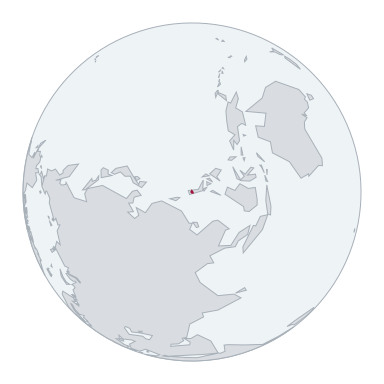 globe centered on Kalinga, rotated 252°
{"feature_id": "PHL-4931", "entity_name": "Kalinga", "entity_type": "Province", "adm_level": 1, "iso_a3": "PHL", "parent_name": "Philippines", "parent_adm1": "", "projection": "orthographic", "projection_center": [121.33, 17.443], "detail": "fine", "context": "on_globe", "style": "filled", "palette": "rose", "viewbox_px": 384, "rotation_deg": 252, "n_neighbors": 0, "source": "natural_earth", "source_scale": "10m", "svg_char_len": 10204}
<svg xmlns="http://www.w3.org/2000/svg" viewBox="0 0 384 384"><g transform="rotate(252 192 192)"><circle cx="192" cy="192" r="169" fill="#eef3f6" stroke="#a8b0b8"/><path d="M330.7,261.9L330.5,263.0L330.3,263.2L330.7,261.9ZM291.2,55.2L291.5,55.4L278.3,48.4L274.2,50.5L278.5,55.0L273.1,51.5L285.1,63.2L286.5,69.1L281.5,60.2L278.3,57.8L277.5,60.4L274.1,58.5L271.7,58.9L267.6,56.5L265.0,52.1L262.4,50.7L262.0,52.7L257.6,52.1L258.7,49.2L251.2,48.0L245.5,41.5L251.5,37.8L244.9,34.1L241.9,30.7L238.8,29.9L235.6,28.8L230.8,27.6L231.1,27.6L243.9,31.2L256.4,35.8L268.5,41.4L280.1,47.8L291.2,55.2ZM227.8,26.9L227.1,26.7L227.3,26.8L225.3,26.5L222.5,26.0L223.1,25.9L224.6,26.2L223.7,26.0L227.8,26.9ZM350.6,145.6L349.3,142.1L350.3,143.3L350.6,145.6ZM348.2,140.7L348.7,141.7L348.3,141.0L348.2,140.7ZM347.7,140.7L348.1,140.7L347.8,141.1L347.7,140.7ZM347.3,141.2L347.5,140.8L347.5,141.0L347.3,141.2ZM346.0,140.7L345.6,140.5L345.7,139.8L346.0,140.7ZM293.4,56.8L292.2,56.0L291.6,55.5L293.4,56.8ZM288.1,53.9L286.7,52.8L290.8,55.3L290.3,55.2L288.1,53.9ZM282.4,59.0L282.4,57.6L283.6,59.6L282.4,59.0ZM272.1,59.3L273.2,60.4L271.5,60.2L272.1,59.3ZM263.7,56.6L260.7,56.2L263.3,55.8L263.7,56.6ZM258.6,55.4L251.2,54.9L253.0,57.1L243.8,51.0L253.1,53.2L256.1,52.2L256.2,53.9L258.6,55.4ZM228.5,27.1L228.2,27.0L231.1,27.7L228.5,27.1ZM230.9,27.7L242.4,31.3L241.5,31.5L237.8,30.1L238.6,31.3L232.5,29.6L230.6,28.6L232.5,28.7L228.7,28.0L230.9,27.7ZM239.9,48.0L237.7,47.4L239.5,47.2L239.9,48.0ZM224.8,26.4L227.2,27.0L226.5,27.2L221.5,26.2L223.4,26.4L224.8,26.4ZM241.9,32.5L240.5,32.7L235.1,31.4L233.9,31.3L232.2,29.6L241.9,32.5ZM222.1,26.1L219.0,25.7L216.8,25.2L222.4,26.0L222.1,26.1ZM228.4,27.8L227.9,27.9L226.6,27.4L228.4,27.8ZM207.1,23.7L210.0,24.0L209.9,24.1L207.1,23.7ZM218.1,25.6L218.8,25.8L219.1,26.0L216.7,25.7L218.1,25.6ZM228.6,28.9L226.6,28.4L229.0,29.5L225.0,28.8L224.7,27.9L223.2,28.0L222.0,27.8L223.0,27.3L228.6,28.9ZM215.2,26.0L213.3,25.0L207.9,24.2L216.6,25.4L215.2,26.0ZM219.7,26.7L216.9,26.2L218.2,26.1L221.0,26.4L219.7,26.7ZM222.5,28.7L228.6,30.0L222.5,28.7ZM213.3,25.7L213.8,26.0L212.8,25.7L213.3,25.7ZM219.4,27.7L221.6,28.1L221.4,28.3L219.4,27.7ZM212.9,26.3L212.4,26.0L214.2,26.1L212.9,26.3ZM215.7,27.0L214.9,27.2L215.2,26.4L216.7,27.1L215.7,27.0ZM218.8,27.9L219.4,28.1L217.9,27.7L218.8,27.9ZM206.3,26.3L206.3,25.3L210.4,25.4L209.8,26.4L206.3,26.3ZM50.6,99.5L52.1,97.3L47.1,107.5L47.3,110.9L56.9,99.2L56.7,93.1L62.1,86.0L66.6,85.5L67.5,91.8L69.7,89.3L73.6,80.9L78.4,78.3L75.4,77.7L73.2,80.9L71.3,80.9L73.2,78.1L74.9,77.1L75.9,74.6L67.8,80.6L64.7,84.5L64.5,82.0L59.3,88.4L57.6,90.1L65.8,79.9L68.5,77.0L80.0,65.5L78.9,66.5L89.4,57.8L100.5,50.0L99.7,50.5L107.4,46.0L107.6,46.1L103.0,48.6L98.9,51.2L95.7,54.9L97.0,54.6L102.3,51.6L100.8,53.3L106.3,50.0L107.7,51.4L110.6,47.1L116.9,44.3L121.3,43.6L123.9,42.1L116.8,43.3L113.4,44.6L109.7,46.8L101.2,50.7L100.9,50.3L111.9,43.9L112.6,43.0L120.8,39.2L135.0,37.0L137.6,38.5L128.2,46.4L123.8,47.3L125.0,44.7L117.9,49.5L121.3,47.9L120.1,49.6L125.7,48.0L125.1,49.2L131.6,45.8L131.5,47.1L127.4,49.2L135.7,48.6L137.1,51.2L139.3,50.6L141.2,49.2L141.8,53.9L143.4,53.2L143.8,51.4L147.2,49.1L153.5,47.0L153.3,48.7L151.1,49.7L146.0,54.7L140.0,57.4L140.6,58.0L145.8,56.0L151.9,49.9L155.7,48.2L153.4,51.0L154.6,49.9L156.4,49.6L158.1,51.1L160.9,48.1L181.5,44.8L186.8,48.0L182.5,50.4L196.7,51.7L201.6,56.2L202.0,54.3L209.1,54.4L207.6,52.9L208.3,52.1L225.8,52.9L229.8,54.8L237.8,54.1L238.0,53.3L235.5,51.7L243.8,51.0L253.0,57.1L252.1,58.5L258.5,61.8L255.5,64.8L256.0,69.2L249.0,71.4L250.0,75.2L252.4,76.1L255.5,82.3L253.7,92.7L244.6,80.0L245.3,66.0L244.1,71.1L241.2,68.9L238.8,70.2L238.2,74.2L240.1,75.2L223.0,78.1L215.3,88.8L223.5,89.4L227.5,93.7L225.9,108.9L206.0,127.6L211.1,135.6L210.7,140.4L204.5,142.6L205.0,135.5L199.8,132.3L201.1,128.3L191.4,130.2L192.7,124.6L184.5,129.3L186.3,134.2L194.4,134.2L186.7,141.3L193.5,150.4L192.9,160.4L177.2,176.1L163.2,179.6L162.1,182.6L157.2,178.2L149.6,183.5L157.8,202.8L157.2,207.9L145.5,216.0L145.4,212.1L132.5,200.5L129.2,212.4L139.0,224.3L142.3,236.8L134.4,231.8L131.2,220.8L126.6,216.3L128.5,205.9L125.8,189.3L117.9,190.8L119.1,184.5L114.3,170.1L103.3,171.8L85.4,184.6L81.9,200.4L76.2,205.9L71.7,180.3L73.8,164.4L69.6,164.4L67.1,149.1L55.3,142.0L55.9,137.6L53.2,138.1L51.8,132.1L53.7,125.1L51.8,124.0L47.4,142.6L49.7,143.9L54.9,139.5L53.0,145.7L54.6,153.1L44.5,163.9L30.8,167.1L33.4,155.0L43.1,118.8L45.0,115.8L45.2,115.4L45.6,114.7L42.5,119.2L45.5,112.6L36.1,136.1L32.8,145.7L30.6,167.7L29.8,169.0L30.3,174.2L36.5,175.2L35.7,179.0L30.4,194.4L25.2,212.1L28.1,230.0L31.6,244.1L32.3,247.1L28.8,235.8L26.1,224.2L24.3,212.5L23.3,200.7L23.1,188.9L23.7,177.0L25.2,165.3L27.4,153.7L30.5,142.2L34.4,131.0L39.1,120.2L44.5,109.6L50.6,99.5ZM74.0,71.1L66.1,79.4L67.5,77.8L65.5,80.0L74.0,71.1ZM64.6,106.0L67.7,110.0L73.2,100.6L74.9,101.5L76.1,98.2L73.6,99.9L77.6,91.3L81.5,90.7L84.7,87.2L83.7,85.7L76.0,88.3L70.1,100.5L66.5,102.8L64.6,106.0ZM145.2,29.7L144.6,29.8L145.2,29.7ZM218.6,25.2L220.3,25.4L219.0,25.3L215.8,25.0L213.5,24.6L215.1,24.7L211.0,24.3L211.6,24.2L208.4,23.9L206.5,23.7L218.6,25.2ZM188.6,23.1L191.9,23.3L199.0,23.5L200.4,23.8L197.2,23.7L200.8,24.2L195.8,24.3L196.7,24.6L192.7,25.3L186.0,25.4L187.5,25.8L184.5,26.7L178.9,27.0L181.7,26.2L173.5,27.4L174.0,26.4L173.0,26.6L171.3,26.2L167.4,26.2L168.5,25.8L166.5,26.1L165.3,26.0L163.0,26.2L164.1,25.7L161.3,26.1L163.4,25.7L158.4,26.5L162.6,25.7L161.5,25.8L158.0,26.5L159.8,26.1L174.1,24.0L188.6,23.1ZM204.9,26.4L196.9,26.1L193.2,25.7L201.8,24.7L201.7,24.4L207.0,24.2L212.2,25.1L210.2,25.0L209.5,25.2L208.2,24.8L208.7,25.2L205.9,25.2L205.5,25.6L203.0,25.3L204.9,26.4ZM103.0,48.8L102.9,49.0L101.6,49.8L100.0,50.7L103.0,48.8ZM154.6,32.2L156.8,31.4L157.6,31.4L163.6,30.2L163.7,31.1L160.1,32.1L154.6,32.2ZM55.0,100.3L52.9,101.7L53.8,100.0L54.3,99.8L55.0,100.3ZM56.0,92.5L54.2,95.8L55.4,93.3L56.0,92.5ZM155.7,33.0L158.2,32.3L156.7,33.2L155.7,33.0ZM164.1,31.7L162.9,32.6L164.4,31.1L164.1,31.7ZM103.5,333.4L107.0,335.5L105.3,334.9L103.5,333.4ZM38.0,250.4L44.6,272.5L42.6,270.2L38.8,262.2L34.0,248.1L35.1,246.4L34.7,240.8L38.0,250.4ZM185.1,268.7L190.4,269.8L190.2,270.5L185.1,268.7ZM179.6,265.7L185.6,266.4L178.6,267.2L179.6,265.7ZM187.9,266.7L194.0,265.8L196.6,264.8L196.2,266.3L187.9,266.7ZM175.6,265.3L154.2,262.7L145.9,259.6L147.7,257.2L161.2,259.6L175.6,265.3ZM147.0,257.0L134.5,247.4L118.2,221.9L124.0,223.4L141.2,240.0L140.1,242.2L147.7,249.4L147.0,257.0ZM178.0,246.6L176.8,253.6L164.9,251.7L159.5,249.9L155.8,240.3L157.9,235.9L162.2,236.6L179.7,222.7L185.7,227.2L180.2,233.3L185.1,240.1L178.0,246.6ZM82.4,202.1L84.8,212.5L81.8,213.3L82.4,202.1ZM187.2,212.2L179.9,218.5L186.7,209.9L187.2,212.2ZM191.6,203.8L191.8,207.4L189.1,203.7L191.6,203.8ZM161.5,187.5L156.8,187.7L156.9,185.2L163.0,183.4L161.5,187.5ZM192.4,168.9L191.6,176.3L190.4,178.7L188.7,174.0L192.4,168.9ZM159.8,42.7L151.3,43.1L145.3,44.6L141.9,47.2L143.0,44.1L152.4,41.6L159.8,42.7ZM178.8,44.2L181.7,42.4L182.9,43.5L182.4,44.0L178.8,44.2ZM178.8,43.0L177.8,40.4L181.0,39.6L181.2,41.7L178.8,43.0ZM166.4,35.8L163.9,35.7L165.1,34.9L166.4,35.8ZM290.8,321.8L292.5,322.2L287.7,326.3L281.1,330.8L275.2,333.0L290.8,321.8ZM243.2,336.4L242.9,332.4L249.9,331.6L247.1,335.4L243.2,336.4ZM295.4,318.3L299.7,313.9L301.3,309.1L300.9,313.2L304.4,312.3L294.0,321.5L295.4,318.3ZM217.0,318.7L184.0,326.0L176.7,324.2L178.2,320.6L170.9,308.0L173.3,308.5L171.4,300.0L190.7,294.0L204.4,280.6L215.5,282.1L223.7,271.9L235.3,273.0L232.0,281.1L244.1,286.7L252.0,268.2L259.7,287.8L268.7,294.2L271.5,305.7L256.4,325.3L247.4,329.2L245.6,327.6L241.9,329.5L236.0,328.9L232.5,323.0L228.9,324.9L232.2,320.3L227.1,324.4L223.9,320.5L217.0,318.7ZM299.6,282.4L301.3,282.7L304.2,285.5L301.4,285.3L299.6,282.4ZM326.2,266.9L327.0,268.3L325.2,269.1L326.2,266.9ZM330.3,263.2L328.2,264.4L330.7,261.9L330.3,263.2ZM308.7,270.0L309.6,271.1L308.8,271.6L308.7,270.0ZM308.0,269.7L309.0,267.7L308.9,269.6L308.0,269.7ZM299.5,260.2L300.5,259.0L301.0,259.8L299.5,260.2ZM198.2,270.5L205.5,265.6L209.5,265.4L198.2,270.5ZM297.9,258.1L295.3,258.2L295.5,257.1L297.9,258.1ZM298.1,255.6L297.8,254.1L299.5,257.5L298.1,255.6ZM292.9,252.6L296.2,255.1L292.6,253.0L292.9,252.6ZM291.0,253.1L288.6,252.1L288.8,251.6L291.0,253.1ZM264.6,256.2L273.4,265.0L266.4,264.9L258.5,259.5L252.6,264.7L238.9,263.7L241.9,260.5L240.1,255.5L226.0,253.0L223.2,249.6L228.2,247.7L219.0,244.6L229.0,243.6L233.2,250.5L238.9,245.4L248.8,247.0L258.6,249.3L266.5,254.2L264.6,256.2ZM229.2,258.4L230.9,258.4L229.4,260.4L229.2,258.4ZM284.1,248.7L287.5,251.7L287.1,252.6L285.5,252.1L284.1,248.7ZM268.3,253.0L276.8,247.4L278.8,247.4L273.2,253.8L268.3,253.0ZM274.7,243.8L278.7,244.5L280.8,247.6L280.0,248.4L274.7,243.8ZM208.7,251.1L208.3,253.0L205.7,251.3L208.7,251.1ZM212.0,250.2L219.8,252.7L211.3,251.8L212.0,250.2ZM188.6,242.0L190.8,246.6L197.9,244.3L192.5,248.0L197.4,255.6L195.8,258.2L190.9,250.0L189.4,257.9L186.2,257.5L184.5,250.4L187.6,242.2L190.7,238.9L203.5,238.5L188.6,242.0ZM211.9,244.8L209.9,239.5L211.4,236.2L213.6,239.0L211.9,244.8ZM203.9,226.6L198.7,220.2L193.7,222.1L203.9,214.5L207.2,221.9L203.9,226.6ZM199.7,213.0L195.1,214.7L199.9,210.2L199.7,213.0ZM194.0,212.6L193.6,208.3L197.2,209.2L194.0,212.6ZM202.1,213.4L203.2,206.3L204.9,210.7L202.1,213.4ZM192.5,198.8L199.9,206.4L190.0,202.6L190.3,188.9L194.6,188.9L192.5,198.8ZM220.8,146.6L220.1,142.8L224.2,142.3L223.5,145.0L220.8,146.6ZM236.8,138.4L225.1,141.0L215.5,143.6L218.2,145.5L215.5,151.7L211.8,145.4L218.9,139.0L226.1,138.3L227.7,133.1L233.2,130.1L232.8,123.7L235.4,121.2L238.0,126.9L236.8,138.4ZM232.4,121.0L233.7,110.1L241.1,112.3L242.5,115.2L238.7,119.1L235.1,117.7L232.4,121.0ZM236.2,108.3L232.6,106.9L227.1,91.1L227.8,88.5L235.9,100.9L233.0,100.4L233.0,104.1L236.2,108.3ZM238.1,48.3L237.8,47.5L239.4,48.4L238.1,48.3ZM207.4,51.3L208.6,50.3L210.5,51.2L207.4,51.3ZM213.1,48.3L210.1,47.9L213.4,47.6L213.1,48.3ZM203.4,47.4L209.0,47.5L203.6,48.5L203.4,47.4Z" fill="#d9dde1" stroke="#a8b0b8" stroke-width="1"/><path d="M192.3,191.2L192.3,191.3L192.5,191.5L192.8,191.7L192.9,191.8L193.0,191.9L192.9,191.9L192.8,192.1L192.7,192.3L192.7,192.5L192.4,192.5L192.3,192.4L192.2,192.5L191.8,192.7L191.6,192.8L191.3,192.8L190.8,192.6L191.0,192.2L191.1,191.9L191.3,191.7L191.4,191.4L191.7,191.3L191.9,191.2L192.3,191.2Z" fill="#f43f5e" stroke="#9f1239" stroke-width="1.5"/></g></svg>